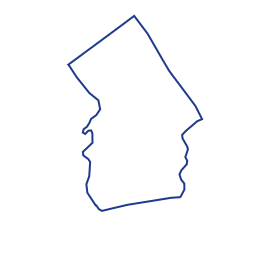 Kutum, North Darfur, Sudan, rotated 323°
{"feature_id": "16777658B71410798895125", "entity_name": "Kutum", "entity_type": "district", "adm_level": 2, "iso_a3": "SDN", "parent_name": "Sudan", "parent_adm1": "North Darfur", "projection": "robinson", "projection_center": [24.615, 14.495], "detail": "fine", "context": "isolated", "style": "outline", "palette": "blue", "viewbox_px": 256, "rotation_deg": 323, "n_neighbors": 0, "source": "geoboundaries", "source_scale": "gbopen_adm2", "svg_char_len": 918}
<svg xmlns="http://www.w3.org/2000/svg" viewBox="0 0 256 256"><g transform="rotate(323 128 128)"><path d="M192.5,165.5L195.1,151.0L195.2,128.0L195.2,113.4L195.3,106.8L196.6,95.3L200.4,64.5L200.4,42.6L200.4,42.2L180.8,42.1L155.7,41.9L139.8,41.7L135.8,41.7L118.5,41.5L118.6,41.9L117.6,56.6L118.2,76.9L121.0,88.1L117.0,96.3L110.6,98.6L104.0,98.5L100.0,100.8L95.9,102.3L91.8,102.3L89.2,104.4L90.2,107.0L94.8,106.3L97.1,107.8L96.2,111.1L93.0,115.3L90.8,118.4L83.4,119.3L77.6,119.9L75.8,123.0L77.6,129.0L77.3,132.4L68.0,143.2L60.9,147.9L56.6,155.2L55.6,170.4L56.1,170.7L55.9,175.2L57.3,178.5L68.1,183.2L81.9,189.3L85.1,191.0L120.3,209.6L127.8,214.5L128.7,214.5L136.0,211.1L139.5,206.3L139.4,201.1L141.2,196.0L145.1,193.9L153.1,192.3L155.6,189.8L156.3,185.7L161.0,182.5L163.1,181.0L164.1,178.4L165.3,169.1L167.1,166.1L172.7,165.1L182.1,164.6L187.2,164.2L192.5,165.5Z" fill="none" stroke="#1e3a8a" stroke-width="2"/></g></svg>